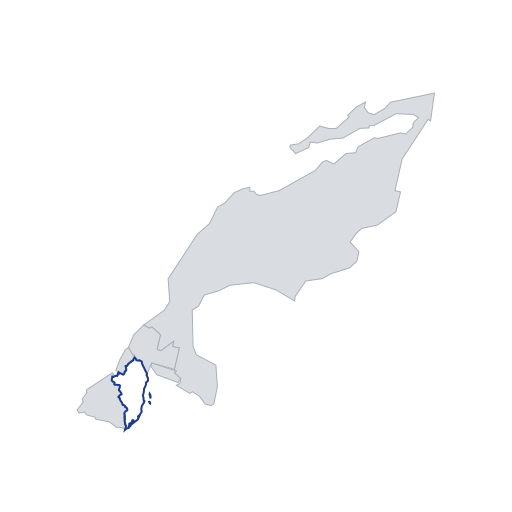 map of Honduras with Mexico, Nicaragua, El Salvador and 2 others greyed out, rotated 103°
{"feature_id": "HND", "entity_name": "Honduras", "entity_type": "country or territory", "adm_level": 0, "iso_a3": "HND", "parent_name": "North America", "parent_adm1": "", "projection": "mercator", "projection_center": [-86.242, 14.747], "detail": "fine", "context": "with_neighbors", "style": "outline", "palette": "blue", "viewbox_px": 512, "rotation_deg": 103, "n_neighbors": 5, "source": "natural_earth", "source_scale": "50m", "svg_char_len": 5032}
<svg xmlns="http://www.w3.org/2000/svg" viewBox="0 0 512 512"><g transform="rotate(103 256 256)"><path d="M57.1,118.8L85.2,116.3L84.1,119.0L128.5,135.4L161.1,135.3L161.1,129.6L181.4,129.6L198.6,144.8L205.4,159.3L211.5,163.4L221.2,167.4L228.6,156.8L238.1,156.5L246.4,161.9L256.3,178.9L263.2,186.4L269.1,201.8L286.5,208.7L291.1,208.3L284.5,229.0L282.5,252.3L290.5,275.1L298.3,284.4L305.6,297.6L318.0,300.8L322.9,306.0L358.2,297.0L365.7,291.9L371.4,270.5L391.8,264.3L409.2,263.7L412.0,266.3L411.6,272.4L405.3,279.8L402.6,287.4L404.7,289.6L400.0,304.6L397.1,301.4L392.4,301.8L388.2,309.2L386.1,307.8L384.7,310.1L363.0,310.0L363.0,316.9L357.7,317.0L369.6,327.3L369.3,331.4L354.2,331.4L348.6,341.4L350.3,343.6L348.6,350.0L329.3,333.0L319.8,329.8L297.9,336.5L247.9,318.0L235.1,308.8L216.6,304.2L211.7,298.5L199.2,291.5L193.3,283.7L190.5,277.6L194.4,276.4L193.2,272.8L195.9,269.5L196.0,265.2L187.0,248.1L159.2,217.4L149.2,212.1L147.0,208.9L148.8,200.8L135.9,191.4L133.0,182.2L126.7,181.1L114.4,167.6L113.9,163.4L103.5,142.9L103.6,137.6L95.2,132.2L91.3,132.8L84.6,129.0L82.7,134.6L85.8,151.4L102.2,170.3L103.8,174.9L105.8,174.7L108.2,183.3L121.6,198.0L125.5,210.1L132.2,221.9L132.8,228.6L138.5,229.1L147.4,240.6L142.2,247.6L140.2,247.5L137.1,239.7L129.4,232.5L115.0,223.0L115.4,213.5L113.6,206.5L99.9,196.6L98.4,198.3L88.2,191.7L81.3,184.0L87.0,183.8L91.3,178.8L91.8,172.8L82.8,163.3L75.9,159.6L57.1,118.8Z" fill="#d9dde1" stroke="#a8b0b8" stroke-width="1"/><path d="M449.0,393.2L446.2,395.7L437.1,391.5L434.4,393.1L426.7,389.9L424.9,391.4L402.0,369.6L403.3,367.8L405.2,369.6L409.8,368.2L412.9,365.4L412.7,359.5L417.9,359.3L420.4,356.0L423.9,358.5L431.3,352.2L434.1,346.9L439.7,349.0L450.9,344.2L454.9,344.5L453.3,348.3L454.5,352.8L450.6,361.7L451.1,375.5L449.3,376.7L449.0,385.0L446.6,388.0L449.0,393.2Z" fill="#d9dde1" stroke="#a8b0b8" stroke-width="1"/><path d="M382.3,351.4L392.2,358.4L397.4,356.9L401.4,359.1L399.2,366.8L388.2,365.4L376.9,362.3L373.6,359.7L380.2,353.5L379.5,352.1L382.3,351.4Z" fill="#d9dde1" stroke="#a8b0b8" stroke-width="1"/><path d="M348.6,350.0L350.3,343.6L348.6,341.4L354.2,331.4L369.3,331.4L369.6,327.3L357.7,317.0L363.0,316.9L363.0,310.0L384.7,310.1L383.7,333.6L395.5,335.6L384.6,343.6L384.7,348.3L382.3,351.4L379.5,352.1L380.2,353.5L373.6,359.7L360.3,357.4L348.6,350.0Z" fill="#d9dde1" stroke="#a8b0b8" stroke-width="1"/><path d="M383.7,333.6L386.1,307.8L388.2,309.2L392.4,301.8L396.9,303.5L394.0,325.8L387.2,333.6L383.7,333.6Z" fill="#d9dde1" stroke="#a8b0b8" stroke-width="1"/><path d="M454.8,344.5L451.8,344.3L450.4,344.7L449.8,345.5L449.2,345.9L448.8,345.8L447.9,346.2L446.5,346.9L445.3,347.2L444.2,347.0L443.9,347.2L443.8,347.4L443.6,347.7L443.2,347.8L442.7,347.7L442.2,347.5L441.9,347.6L441.8,348.1L441.5,348.2L441.0,348.0L440.3,348.1L439.6,348.7L438.7,348.9L437.4,348.5L436.4,347.9L435.7,347.0L434.9,346.7L433.4,347.4L432.8,348.2L432.7,348.7L432.8,349.2L432.6,349.5L431.9,349.6L431.4,350.2L431.0,351.1L430.9,351.8L431.1,352.4L430.8,352.7L429.9,353.0L428.9,353.8L427.7,355.2L426.5,356.2L425.3,356.7L424.7,357.3L424.7,358.0L424.4,358.3L424.0,358.4L421.7,356.9L421.1,355.9L420.5,356.1L419.8,356.6L418.7,357.7L417.7,359.3L417.1,359.5L414.4,359.2L412.9,359.4L412.7,359.6L412.5,360.1L412.6,360.9L413.0,363.7L413.2,364.8L413.0,365.1L412.3,365.2L411.3,365.3L410.8,365.9L410.7,366.4L410.6,367.1L410.3,367.9L409.7,368.5L409.1,368.7L405.9,368.8L405.9,367.5L405.0,367.0L404.5,366.0L404.0,365.2L404.1,364.8L404.1,364.3L402.8,363.9L401.5,364.2L400.8,364.0L400.3,363.7L401.2,363.1L401.3,362.7L401.0,362.5L400.7,362.3L400.8,361.6L400.9,360.7L401.5,358.8L401.3,358.4L400.4,357.8L399.4,357.8L398.2,358.0L397.7,357.7L397.2,357.0L396.4,356.7L394.9,357.2L393.3,358.0L392.9,358.3L392.5,358.3L392.3,357.7L392.2,356.9L391.3,356.5L390.3,356.3L389.8,356.1L389.4,355.6L388.2,355.0L388.0,354.5L386.4,353.5L386.1,352.9L385.7,352.5L385.0,352.0L384.4,352.2L382.5,351.5L382.2,351.5L382.4,350.9L383.1,350.1L384.4,349.2L384.5,348.4L384.2,347.0L383.8,346.0L384.0,345.6L384.4,343.9L384.7,343.5L386.7,342.7L386.9,342.6L388.4,341.4L390.1,340.0L391.9,338.6L393.9,336.9L394.9,336.0L395.4,335.6L396.6,335.9L397.5,335.1L398.0,334.9L399.2,333.9L399.6,333.7L401.6,333.3L402.6,333.4L403.4,334.3L404.1,334.8L405.4,334.4L406.5,334.3L410.9,335.2L412.7,334.8L415.9,334.7L417.4,334.9L419.4,333.7L420.7,333.4L422.3,332.8L422.1,332.2L421.7,332.0L424.1,332.2L427.6,333.5L431.3,333.3L432.7,332.6L433.6,332.4L437.4,333.7L438.4,334.7L439.2,334.8L439.8,334.5L440.0,334.3L439.2,334.1L438.9,333.8L441.9,334.4L447.6,339.1L447.7,339.5L445.3,338.1L444.0,338.2L443.7,338.4L443.7,339.2L443.8,339.5L444.4,339.6L444.8,339.4L445.8,339.6L446.5,340.1L447.3,340.9L447.8,341.7L448.3,341.8L448.8,341.2L449.8,341.2L450.4,341.8L450.8,341.7L450.2,340.8L448.7,340.0L449.1,339.9L452.3,341.5L453.3,343.5L454.0,343.9L454.8,344.5ZM416.6,327.6L414.7,328.6L414.2,328.6L415.0,327.8L416.4,327.2L417.6,326.9L418.5,327.0L416.6,327.6ZM423.0,326.6L422.2,327.3L422.0,327.0L422.4,326.4L423.0,326.0L423.5,326.0L423.4,326.3L423.0,326.6Z" fill="none" stroke="#1e3a8a" stroke-width="2"/></g></svg>